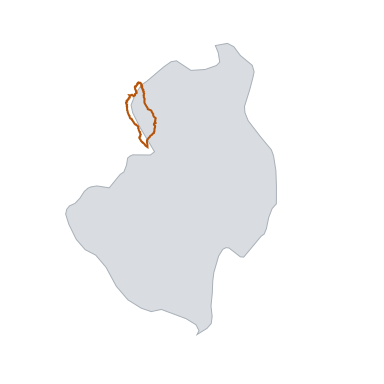 location of Gisagara, Southern, Rwanda, rotated 145°
{"feature_id": "39286606B87181547360532", "entity_name": "Gisagara", "entity_type": "district", "adm_level": 2, "iso_a3": "RWA", "parent_name": "Rwanda", "parent_adm1": "Southern", "projection": "robinson", "projection_center": [29.795, -2.608], "detail": "fine", "context": "in_parent", "style": "outline", "palette": "amber", "viewbox_px": 384, "rotation_deg": 145, "n_neighbors": 0, "source": "geoboundaries", "source_scale": "gbopen_adm2", "svg_char_len": 6315}
<svg xmlns="http://www.w3.org/2000/svg" viewBox="0 0 384 384"><g transform="rotate(145 192 192)"><path d="M156.9,116.2L160.9,116.1L187.0,109.0L189.6,111.2L193.8,124.9L196.0,126.9L199.6,127.4L206.9,124.3L220.3,113.5L226.2,107.0L233.1,97.9L241.9,87.6L246.8,78.6L251.6,73.3L257.9,71.7L264.9,72.1L269.7,72.3L265.8,74.4L264.9,81.0L269.5,91.6L284.5,113.4L294.0,117.4L300.2,125.9L306.3,140.2L308.1,158.1L305.6,179.6L307.1,195.5L312.6,206.0L314.0,219.6L311.4,236.3L308.2,246.3L304.5,249.7L300.2,250.9L294.5,249.8L287.4,251.2L279.8,254.3L275.0,254.8L272.0,254.2L266.4,251.5L257.4,242.9L240.8,247.6L236.3,247.5L230.2,251.6L225.3,256.7L222.2,257.0L219.2,256.4L204.9,246.2L199.6,246.5L197.5,275.1L195.1,291.0L192.1,298.1L181.9,304.9L171.6,308.8L165.9,308.6L143.2,310.7L134.4,310.7L129.5,308.4L123.1,292.2L111.1,284.9L99.5,281.6L94.8,282.5L90.6,291.0L88.9,298.6L77.7,293.4L74.4,287.0L74.1,276.1L70.0,261.2L72.2,254.8L76.6,250.7L85.9,242.8L100.0,231.9L103.1,226.7L105.1,218.1L104.2,197.9L102.8,180.9L104.5,174.8L110.9,161.6L119.6,148.2L129.7,133.9L135.8,132.5L143.7,127.2L152.2,119.2L156.9,116.2Z" fill="#d9dde1" stroke="#a8b0b8" stroke-width="1"/><path d="M189.4,262.1L188.8,262.6L188.7,263.0L188.1,263.4L187.9,263.4L187.8,263.7L187.4,264.0L187.0,264.5L186.9,264.8L186.6,265.3L186.3,265.4L185.4,266.0L185.3,266.3L185.0,266.4L184.7,266.8L184.6,267.0L184.4,267.1L184.3,267.4L184.4,268.0L184.5,268.5L184.6,268.9L184.4,269.3L184.1,269.5L183.9,269.7L183.6,269.9L183.0,269.8L182.9,269.6L182.6,269.5L182.4,269.3L182.2,269.3L182.0,269.8L182.1,270.1L182.4,270.5L182.2,270.8L181.8,271.2L181.5,271.3L181.4,271.5L181.0,271.6L180.6,272.1L180.4,272.6L180.2,272.8L180.2,272.7L179.8,272.9L179.4,273.3L179.4,273.7L179.9,274.8L180.0,275.2L180.0,276.0L179.8,277.0L179.5,277.6L179.0,278.2L179.1,279.4L179.0,280.3L179.0,280.8L178.7,281.6L178.7,282.1L178.9,282.6L179.2,282.9L179.4,283.4L180.0,284.3L180.3,284.5L180.5,284.8L180.7,285.4L180.6,285.6L180.3,286.0L180.2,286.4L180.2,286.6L180.2,286.8L180.2,287.2L180.1,287.3L180.2,288.4L180.0,290.0L180.0,290.3L180.0,290.6L179.9,291.1L179.9,291.8L179.7,292.2L179.6,292.4L179.6,292.7L179.0,293.4L179.0,293.6L178.8,294.0L178.4,294.3L178.2,294.7L178.0,294.8L177.6,295.1L177.4,295.4L177.4,295.7L177.3,295.8L177.3,296.3L177.1,297.4L177.0,297.5L176.9,297.6L176.6,298.0L176.3,298.3L176.3,298.5L176.2,298.5L176.0,298.8L175.9,299.2L175.6,299.5L174.9,299.9L174.8,300.2L174.6,300.3L174.7,300.6L174.6,301.5L174.5,301.8L174.3,302.0L174.2,301.9L174.0,302.0L174.2,302.3L174.1,302.5L174.0,302.9L173.8,303.0L173.8,303.6L173.7,303.6L173.4,303.7L173.5,304.0L173.4,304.2L173.3,304.4L173.5,304.6L173.5,304.8L173.5,305.1L173.3,305.3L173.3,305.9L173.2,305.8L173.1,306.1L172.8,306.2L172.7,306.4L172.5,306.7L172.5,307.1L172.4,307.0L172.2,307.2L172.2,307.4L172.0,307.5L172.0,308.0L171.9,308.2L171.7,308.4L171.7,309.1L171.6,309.3L171.6,309.6L171.8,309.5L171.9,309.9L172.0,310.2L172.0,310.5L172.0,310.8L171.9,311.0L172.3,311.1L172.4,311.3L172.3,311.6L172.8,312.3L173.0,312.2L173.6,311.9L173.8,311.8L174.0,312.1L174.3,311.8L174.5,311.8L174.5,312.0L174.9,311.7L175.1,311.8L175.5,311.2L175.9,311.1L176.1,311.2L176.5,311.2L176.9,311.0L177.3,310.6L177.5,310.8L178.0,311.2L178.3,311.1L178.7,310.6L178.8,310.4L179.0,310.2L179.1,309.9L179.2,309.5L179.6,308.9L179.6,308.1L179.7,307.9L179.7,307.6L179.8,307.0L180.1,306.8L180.2,306.6L180.3,306.1L180.1,305.7L180.3,305.3L180.3,305.2L180.6,304.9L180.8,305.1L181.1,305.1L181.3,305.0L181.9,304.9L182.3,305.0L182.6,304.9L182.8,304.5L183.0,304.4L183.1,304.2L183.3,303.9L183.8,303.9L184.0,304.1L184.4,304.1L184.5,304.2L184.8,304.2L184.7,304.4L184.7,304.6L184.9,304.7L185.0,304.9L185.1,305.0L185.2,305.5L185.4,305.9L185.5,305.9L185.5,306.1L185.9,306.2L186.1,306.1L186.4,306.4L186.5,306.4L186.9,306.3L187.2,306.5L187.8,307.1L187.8,306.6L188.0,306.3L187.9,306.2L188.0,306.2L188.4,305.8L188.5,305.8L188.6,305.7L188.7,305.4L188.8,305.5L189.0,305.5L189.2,305.3L189.6,305.3L190.2,305.1L190.4,305.0L190.5,304.6L191.0,304.7L191.3,304.4L191.6,304.2L192.0,304.1L192.5,304.4L193.0,304.3L193.1,304.2L193.4,304.2L193.5,304.1L193.6,303.8L193.8,303.6L193.7,303.5L193.5,303.4L193.5,303.1L193.9,303.1L194.4,302.9L194.5,302.8L194.8,302.9L194.9,302.6L195.2,302.3L195.2,302.1L195.2,301.7L195.3,301.3L195.1,301.0L195.3,300.9L195.3,300.7L195.6,300.6L195.6,300.3L195.8,300.0L196.1,299.8L196.2,299.5L196.2,299.4L196.3,299.4L196.3,299.1L196.4,298.9L196.6,298.5L196.8,298.5L197.0,298.1L197.2,297.9L197.4,297.5L197.6,297.0L197.7,296.9L198.3,296.2L198.3,295.9L198.2,295.7L198.4,295.0L198.8,294.4L199.0,294.1L199.0,293.8L199.1,293.5L199.1,293.2L199.5,292.1L199.5,291.3L199.7,291.1L199.7,290.8L199.5,290.5L199.5,290.1L199.8,289.8L199.9,289.5L200.0,289.4L200.1,289.1L200.4,287.9L200.2,287.4L200.0,287.1L199.7,287.0L199.5,286.7L199.5,286.4L199.7,286.0L199.6,285.7L199.8,285.4L199.7,285.2L199.8,284.9L199.7,284.5L199.8,283.8L199.7,283.4L199.8,283.2L199.7,282.6L199.8,282.5L199.9,282.1L199.8,281.5L199.8,281.3L199.9,281.2L199.9,280.8L199.7,280.4L199.8,280.1L199.6,279.5L199.5,279.4L199.4,279.2L199.1,279.1L199.2,278.9L199.0,278.3L198.9,277.8L198.7,277.5L198.7,277.1L198.7,276.9L198.5,276.7L198.6,276.4L198.7,276.2L199.0,275.9L199.0,275.7L199.2,275.1L199.4,274.9L199.5,274.9L199.5,274.2L200.0,273.6L200.1,273.2L200.2,272.7L200.3,272.3L200.3,272.0L200.3,271.7L200.2,271.3L200.3,271.3L200.4,271.2L200.6,271.0L200.6,270.8L200.7,270.6L200.7,270.4L200.6,270.1L200.8,269.4L201.0,269.2L201.0,268.8L201.3,268.6L201.2,268.3L201.4,268.2L202.1,268.0L202.4,267.4L202.6,267.4L202.8,267.1L203.1,267.2L203.3,267.0L203.6,267.1L203.9,266.8L204.1,266.7L204.2,266.4L204.2,266.2L204.2,265.7L204.3,265.3L204.3,265.1L204.2,264.9L204.1,264.5L204.3,264.0L204.3,263.7L204.4,263.4L204.5,263.2L204.4,262.9L204.3,262.6L204.3,262.4L204.3,262.0L204.1,261.8L204.0,261.6L204.1,261.3L204.2,261.1L204.0,260.6L203.8,260.4L203.9,260.1L203.7,259.9L203.6,259.7L203.6,259.4L203.5,258.9L203.5,258.7L203.5,258.4L203.4,258.2L203.5,258.0L203.4,257.8L203.5,257.6L203.4,257.4L203.4,257.1L203.5,256.7L203.4,256.4L203.2,255.6L203.0,255.2L202.7,254.3L202.3,254.9L201.1,256.8L200.5,258.3L200.1,259.1L199.4,259.9L199.1,260.2L198.8,260.4L198.2,260.5L197.4,260.8L196.2,261.3L195.3,261.2L195.2,261.2L194.7,261.6L194.1,261.9L193.1,261.9L192.1,261.8L191.6,262.0L191.4,262.0L191.1,262.2L190.8,262.2L190.2,262.4L189.6,262.1L189.4,262.1Z" fill="none" stroke="#b45309" stroke-width="2"/></g></svg>